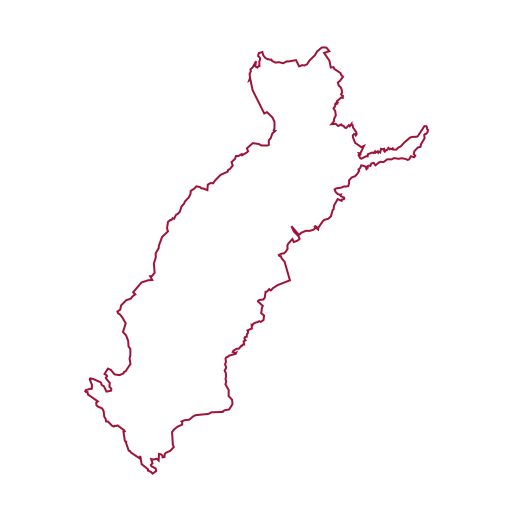 Baia De Arama, Mehedinti, Romania, rotated 262°
{"feature_id": "2599482B84787861269200", "entity_name": "Baia De Arama", "entity_type": "district", "adm_level": 2, "iso_a3": "ROU", "parent_name": "Romania", "parent_adm1": "Mehedinti", "projection": "orthographic", "projection_center": [22.806, 45.004], "detail": "fine", "context": "isolated", "style": "outline", "palette": "rose", "viewbox_px": 512, "rotation_deg": 262, "n_neighbors": 0, "source": "geoboundaries", "source_scale": "gbopen_adm2", "svg_char_len": 6083}
<svg xmlns="http://www.w3.org/2000/svg" viewBox="0 0 512 512"><g transform="rotate(262 256 256)"><path d="M448.6,357.1L452.5,354.8L453.3,351.4L453.1,349.8L450.0,344.9L446.5,342.2L442.2,336.2L438.8,333.3L437.9,330.4L438.6,328.1L437.8,325.1L444.4,322.9L444.1,314.6L444.5,313.7L443.1,309.7L444.7,305.9L444.8,302.2L446.8,299.2L448.4,298.5L448.3,297.3L449.2,295.7L449.1,295.1L451.0,292.7L453.8,291.1L457.1,290.7L456.5,287.0L453.8,285.9L452.0,287.4L450.6,287.6L448.0,286.3L443.4,285.8L443.4,284.6L442.4,283.5L444.0,281.6L448.9,283.2L443.4,279.1L441.6,276.5L439.7,276.6L437.2,275.0L433.2,274.9L430.9,273.7L431.6,275.0L420.7,275.7L396.0,284.0L396.9,286.9L390.8,291.6L386.1,293.0L379.8,292.0L377.9,291.1L377.3,292.5L375.0,289.2L370.7,287.0L368.8,284.8L364.2,284.1L363.8,282.6L364.8,276.5L366.5,274.4L368.2,268.5L363.9,262.0L360.8,262.7L359.9,261.6L357.7,256.3L358.9,256.0L357.4,252.4L357.9,250.1L355.2,248.8L352.5,244.9L348.7,245.5L345.6,242.0L345.2,240.5L343.4,239.6L341.3,232.2L336.4,225.9L333.9,223.7L334.6,221.3L333.4,218.2L328.0,217.0L330.3,212.9L330.5,211.4L332.1,210.1L333.3,206.6L331.5,204.6L329.5,200.4L326.6,199.8L323.3,197.6L319.8,193.1L317.9,192.1L315.4,189.1L310.4,186.7L308.5,184.3L308.0,182.6L304.3,180.1L305.0,178.7L304.0,178.1L303.3,176.6L303.6,176.1L302.0,173.6L296.0,171.8L292.6,172.2L287.9,165.6L279.4,161.1L277.4,160.8L272.6,157.0L268.6,156.6L262.7,153.8L253.5,153.3L250.6,150.1L250.7,148.4L246.7,149.9L247.0,145.8L245.7,138.9L237.2,129.3L234.8,131.1L233.2,128.1L231.2,126.1L230.3,121.3L225.8,115.5L221.8,114.1L220.2,111.0L218.5,111.4L217.0,113.2L213.3,115.3L207.5,117.6L199.2,113.7L195.5,116.3L189.7,117.6L184.0,117.2L181.7,118.6L175.3,117.8L171.9,116.5L166.6,116.7L160.0,110.8L159.6,109.2L158.2,108.5L157.0,104.2L158.5,99.4L163.4,96.4L165.1,93.7L160.2,89.6L158.7,91.5L157.6,91.8L156.4,90.3L155.7,90.4L150.7,93.5L147.0,92.7L144.4,94.3L142.8,93.7L142.5,89.1L148.3,87.2L149.7,85.3L152.4,84.8L157.0,77.5L157.7,75.4L157.2,75.3L157.5,74.4L157.0,74.2L151.1,75.6L147.7,75.0L147.3,74.7L147.6,73.5L146.8,68.7L145.8,68.1L145.0,68.7L144.7,70.2L142.2,70.3L134.0,79.2L133.1,77.4L130.6,77.2L129.1,78.2L126.4,82.5L123.5,83.5L118.0,83.4L115.8,84.4L113.0,84.5L112.6,86.4L107.9,89.9L106.9,91.5L107.5,92.5L107.1,93.9L107.5,95.4L101.8,101.1L100.6,101.6L100.4,100.3L91.5,100.4L90.3,100.9L90.2,101.6L88.4,101.4L80.9,102.9L80.5,104.0L78.7,104.9L72.0,112.4L73.4,113.1L73.2,113.6L65.8,113.8L59.8,119.4L58.6,119.1L56.8,121.9L54.9,123.3L56.9,127.1L59.6,127.1L62.4,123.1L63.7,122.8L65.2,124.7L69.5,123.9L68.7,125.9L69.0,129.5L67.0,131.1L73.5,132.4L72.9,134.1L71.5,135.5L69.6,135.5L69.7,137.4L72.5,138.0L73.6,139.2L75.0,144.0L78.2,148.0L80.8,147.4L93.4,148.4L95.7,150.8L97.9,154.5L99.3,159.4L101.8,159.8L102.5,159.3L103.3,162.2L103.2,167.2L106.0,171.6L106.8,174.2L106.3,185.7L106.4,187.5L107.4,190.1L106.2,201.4L107.1,202.1L107.6,203.8L107.8,208.1L112.6,212.1L117.0,212.3L121.1,209.4L127.0,210.3L133.2,207.9L136.0,209.1L138.5,208.7L141.1,209.7L144.3,209.8L146.9,209.0L149.6,211.0L153.0,210.3L155.3,211.5L158.4,211.5L159.7,212.3L160.0,214.0L161.1,215.5L161.9,222.2L163.0,222.9L162.7,222.1L164.2,219.6L165.5,220.6L166.8,224.0L166.6,226.1L169.1,228.9L168.8,229.2L170.2,231.0L170.0,231.9L173.3,231.9L173.9,233.9L176.0,233.1L177.1,233.6L177.4,235.6L179.7,236.0L180.5,237.1L182.9,237.7L183.5,237.3L184.8,241.8L188.3,242.1L187.8,242.7L189.3,244.0L190.1,246.3L190.3,248.5L191.0,250.0L190.1,251.5L191.5,254.5L195.9,255.7L198.7,253.2L203.9,254.7L205.6,255.8L210.7,251.6L211.2,251.8L212.0,253.2L211.9,257.2L213.4,258.8L219.2,260.5L219.0,261.3L219.6,262.4L221.4,264.5L219.9,265.6L220.0,266.2L221.8,268.3L224.2,273.5L227.2,286.2L246.4,283.5L250.1,281.1L252.4,280.5L252.8,279.1L253.8,278.7L254.9,282.2L254.6,283.9L256.1,286.1L258.8,288.3L262.0,288.5L263.6,289.5L267.7,294.4L264.5,295.4L265.6,299.7L267.0,301.6L269.5,301.0L275.0,296.9L280.6,295.2L271.5,301.1L271.3,302.3L272.7,303.9L274.0,309.1L273.4,312.6L274.1,316.8L275.5,318.6L277.0,318.2L277.3,318.9L276.4,320.0L274.8,320.1L273.6,321.2L275.4,321.7L281.5,327.3L282.3,328.7L282.8,332.7L284.8,335.7L290.8,338.3L291.6,339.4L295.0,340.2L301.0,344.8L298.7,348.4L299.9,348.9L300.0,350.9L300.8,351.5L301.5,351.4L303.4,348.5L304.2,348.0L305.0,348.5L304.9,347.6L306.0,345.5L308.5,343.7L311.0,343.1L311.8,344.9L311.8,349.8L312.7,353.1L312.2,354.6L312.4,357.1L315.3,358.4L318.0,358.7L320.4,361.6L321.3,365.3L323.1,367.6L325.9,370.0L327.4,369.5L328.7,371.5L331.1,372.8L330.2,375.3L329.0,377.1L326.7,377.5L327.8,379.0L329.3,378.7L329.8,380.3L329.3,381.8L331.5,383.0L331.8,385.5L329.2,386.9L331.7,391.1L331.9,393.0L331.2,395.3L333.5,399.5L332.8,403.8L333.7,406.2L332.4,410.9L332.5,413.9L331.4,417.4L330.1,419.4L330.4,421.2L333.2,423.2L331.8,426.4L333.1,427.7L335.0,426.4L337.7,427.4L340.9,431.3L341.2,434.1L343.8,435.0L349.1,439.3L352.6,439.5L353.3,440.6L353.3,441.6L355.0,443.2L356.9,443.9L357.7,443.2L360.0,443.1L360.8,442.8L361.1,440.8L352.2,433.0L351.7,431.9L352.2,427.3L351.8,425.0L347.5,418.3L344.3,414.5L343.6,412.0L341.8,409.8L342.3,406.7L343.6,406.3L343.0,405.5L343.5,404.0L343.1,403.2L344.6,402.2L342.7,400.4L342.8,399.6L341.4,398.1L342.2,397.5L344.3,397.7L344.1,396.3L344.8,394.8L341.2,393.4L342.5,391.7L341.4,391.2L342.5,390.5L341.7,388.8L343.0,388.4L341.5,386.9L342.3,385.3L341.2,381.0L339.1,380.4L339.5,379.1L337.7,373.8L338.3,372.9L341.4,371.7L341.9,371.8L341.7,373.2L342.3,373.6L343.5,372.5L343.4,373.8L350.0,378.2L349.2,375.4L354.3,369.9L360.1,368.5L362.0,368.7L363.1,370.1L363.0,371.0L361.5,371.6L362.5,372.6L364.7,372.5L369.8,369.9L372.1,369.9L372.5,368.9L373.6,369.0L371.4,366.9L372.6,366.1L370.2,363.1L370.9,361.7L372.7,360.8L373.5,358.9L374.4,358.7L373.3,355.4L375.8,353.3L376.0,349.1L378.5,351.9L380.7,352.3L384.1,354.6L388.4,354.6L391.5,353.3L393.3,355.3L395.1,355.5L395.4,356.9L396.0,356.2L396.6,357.0L396.2,357.8L396.7,358.3L397.4,357.5L398.1,357.8L400.9,362.1L400.6,364.0L402.5,364.3L402.8,363.5L404.4,362.8L405.7,364.0L408.9,364.0L411.2,363.4L413.3,361.6L416.4,361.2L417.7,363.4L421.3,367.1L423.8,365.4L425.5,365.1L430.4,359.5L432.2,359.1L432.3,356.3L439.1,355.9L447.6,351.7L448.6,357.1Z" fill="none" stroke="#9f1239" stroke-width="2"/></g></svg>